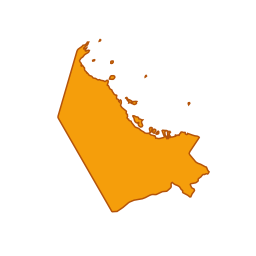 the border of Abu Dhabi, rotated 52°
{"feature_id": "ARE-349", "entity_name": "Abu Dhabi", "entity_type": "Emirate", "adm_level": 1, "iso_a3": "ARE", "parent_name": "United Arab Emirates", "parent_adm1": "", "projection": "robinson", "projection_center": [53.623, 23.935], "detail": "fine", "context": "isolated", "style": "filled", "palette": "amber", "viewbox_px": 256, "rotation_deg": 52, "n_neighbors": 0, "source": "natural_earth", "source_scale": "10m", "svg_char_len": 5895}
<svg xmlns="http://www.w3.org/2000/svg" viewBox="0 0 256 256"><g transform="rotate(52 128 128)"><path d="M212.5,91.1L213.1,92.5L213.3,93.5L212.1,94.6L211.8,96.3L211.3,96.9L210.8,97.6L210.9,98.6L211.4,100.7L211.3,103.3L211.5,104.1L211.7,104.4L212.6,105.0L212.9,105.5L213.0,105.9L212.9,108.2L212.6,108.9L211.0,112.0L210.6,112.9L210.7,113.6L211.2,113.9L213.8,114.5L214.6,114.5L216.9,113.5L218.2,114.1L218.8,115.8L219.3,117.9L220.9,120.9L220.4,121.7L217.8,122.3L212.9,124.5L212.1,124.4L211.0,123.5L210.3,123.6L209.6,123.9L208.9,123.9L207.6,123.7L206.2,123.6L205.0,123.9L203.8,124.4L201.8,125.6L200.0,126.3L198.2,126.6L198.0,127.3L198.4,128.2L199.1,128.9L200.6,129.9L201.3,130.9L201.5,132.4L201.7,136.0L201.5,136.7L199.5,139.8L199.2,140.6L197.8,146.7L197.2,147.6L195.6,149.4L194.9,150.7L194.4,152.3L193.5,157.2L192.6,160.2L188.6,167.7L187.3,172.4L187.2,173.8L187.5,180.9L187.0,188.0L184.3,191.9L183.6,192.1L77.5,176.9L76.5,176.6L75.6,175.8L36.1,121.0L35.5,119.9L35.2,118.6L35.4,114.2L35.1,112.4L36.0,111.0L36.0,108.8L35.3,107.1L36.1,106.1L36.5,106.9L37.4,108.3L37.6,109.3L37.6,112.1L37.8,113.8L38.4,114.2L39.0,113.5L39.4,111.3L39.7,111.9L40.1,113.4L40.4,113.9L40.6,114.0L41.0,114.1L41.3,114.0L41.6,113.7L41.5,113.4L42.3,111.3L43.1,110.7L43.9,112.1L44.0,113.1L43.6,116.2L43.6,117.4L44.2,119.8L44.1,122.0L44.2,122.5L44.6,123.5L44.7,123.9L45.1,124.8L46.1,125.1L48.2,125.1L48.7,125.3L49.0,125.5L50.1,126.6L50.5,126.6L50.6,126.3L50.3,126.0L50.3,125.4L51.2,125.3L53.6,125.4L53.8,125.3L54.1,125.4L54.7,126.0L56.0,126.6L58.1,126.3L58.8,126.5L59.2,126.2L59.7,126.5L60.3,126.1L62.5,126.1L63.2,125.8L64.8,124.8L65.6,124.7L66.9,124.7L67.4,124.5L69.0,123.0L70.3,122.6L71.1,122.3L71.8,121.8L72.3,120.7L73.6,120.1L75.5,118.4L76.2,118.0L76.8,117.8L77.3,117.4L77.5,115.1L78.3,114.6L79.1,114.9L79.8,115.6L81.3,117.8L81.7,118.0L82.0,117.6L82.4,117.4L83.4,117.5L85.1,118.0L86.0,118.1L86.5,118.0L87.9,117.4L88.4,117.4L89.3,117.8L92.9,118.1L94.8,117.4L95.0,117.2L95.1,116.8L95.4,116.8L95.6,116.9L95.9,117.4L97.2,118.5L97.9,118.9L99.6,118.1L100.5,118.5L101.3,118.9L102.0,118.8L101.4,118.4L101.2,117.9L101.1,116.8L102.0,116.5L103.1,117.1L104.2,117.9L104.8,118.8L105.4,119.8L105.8,120.0L108.1,120.2L113.4,119.0L113.8,119.0L114.2,119.3L114.8,120.0L115.2,120.3L115.8,120.4L116.4,120.4L116.9,120.1L117.7,120.7L118.5,121.1L119.2,122.2L119.5,122.5L119.8,122.5L120.8,122.5L121.5,122.1L122.7,122.5L124.6,121.4L125.8,121.8L130.9,121.8L132.0,121.7L132.4,121.3L135.0,119.8L137.7,119.3L138.5,118.9L139.4,118.7L140.5,118.1L142.2,117.8L143.5,116.8L144.2,116.0L144.5,115.3L144.9,114.9L147.7,114.1L149.9,112.3L150.3,112.3L150.6,111.7L151.4,111.7L153.1,112.4L153.4,111.9L155.0,110.6L155.8,109.4L157.4,105.9L157.2,104.7L157.3,104.1L158.0,103.8L157.4,103.4L157.4,103.1L158.1,103.1L159.1,103.6L159.7,103.8L159.4,103.1L158.7,102.3L158.6,101.7L160.5,102.5L160.9,103.1L161.1,103.1L161.0,101.8L160.2,101.4L159.1,101.3L158.0,101.1L155.5,99.3L154.6,99.1L154.5,98.8L155.1,98.6L155.6,98.2L156.0,97.7L156.2,98.4L156.6,98.8L156.4,98.3L156.6,97.8L157.1,97.1L157.4,97.1L157.7,98.4L158.6,99.7L159.6,100.5L160.6,100.4L159.7,99.7L160.2,99.7L161.1,100.0L161.4,100.1L161.9,99.2L162.2,99.1L163.7,95.7L163.0,95.4L162.7,95.0L162.9,94.6L163.6,94.4L164.0,94.1L164.1,93.4L164.4,92.8L165.2,92.4L165.2,92.1L164.8,91.8L164.3,90.1L164.5,89.7L163.9,89.1L164.0,88.4L164.4,87.9L166.0,86.7L166.4,85.9L166.7,85.7L168.0,86.4L168.6,86.2L169.3,85.8L169.5,85.1L168.9,84.4L173.4,81.5L175.5,80.0L176.8,78.7L177.6,78.1L179.2,77.6L179.5,78.1L184.7,93.8L185.2,94.7L185.7,95.5L186.5,95.7L187.4,95.8L196.3,95.5L197.4,95.2L198.7,94.7L201.5,93.0L206.1,91.0L207.1,90.3L210.4,91.2L212.1,91.2L212.5,91.1ZM123.8,117.2L121.9,117.0L121.5,116.8L121.4,116.5L122.1,115.8L122.6,115.4L124.1,114.8L124.9,114.0L125.4,113.6L126.1,113.4L126.5,113.4L127.4,113.8L127.7,113.6L128.7,112.8L130.3,112.0L130.7,111.4L130.9,112.0L130.7,112.4L131.3,113.4L132.5,114.2L134.0,114.5L135.2,115.0L135.6,116.4L135.0,117.5L133.7,118.0L132.2,118.0L131.0,117.4L131.1,117.0L130.7,116.4L130.2,116.2L129.8,117.1L130.1,117.4L129.0,118.2L127.6,118.5L126.2,118.3L123.8,117.2ZM108.7,112.0L108.1,111.3L107.5,111.2L106.7,110.8L106.3,111.5L104.1,111.1L102.9,111.4L102.8,111.1L102.9,110.9L103.1,110.2L103.3,110.1L104.8,110.4L105.3,110.3L106.3,109.8L106.8,109.4L108.9,108.5L109.3,108.5L109.7,109.2L110.1,109.5L110.5,109.3L110.6,108.8L110.5,108.2L110.3,107.7L111.9,105.3L112.6,104.7L112.9,105.7L113.9,106.3L113.6,108.2L113.1,108.8L111.4,109.6L110.6,110.2L109.6,110.3L109.0,110.8L109.0,111.3L108.7,112.0ZM76.6,108.9L77.8,107.3L78.8,106.7L79.8,107.0L80.2,107.7L80.5,109.0L80.4,109.8L79.5,111.0L78.0,112.5L77.5,111.9L76.5,109.9L76.6,108.9ZM155.1,104.1L151.1,102.8L151.1,102.0L152.8,100.3L153.4,99.4L153.7,99.4L153.4,100.4L153.7,101.3L154.4,101.9L156.0,102.8L156.8,103.6L156.8,104.1L156.2,104.3L155.1,104.1ZM145.1,113.8L144.6,112.9L143.7,112.5L142.7,112.1L141.8,111.6L141.3,110.3L141.9,109.3L142.8,108.9L143.4,109.4L145.0,111.3L145.4,112.5L145.1,113.8ZM148.2,110.5L147.9,110.8L147.1,111.1L146.6,111.1L146.4,111.0L145.7,110.1L144.7,109.5L144.6,109.2L144.8,108.4L145.1,108.0L145.6,107.6L146.2,107.4L146.8,107.4L147.6,108.9L148.5,110.1L148.2,110.5ZM66.2,98.5L67.1,99.2L67.4,100.4L66.9,101.4L66.4,101.7L65.8,101.3L65.1,100.6L65.0,100.0L65.7,98.8L66.2,98.5ZM150.7,106.7L151.1,107.1L151.2,107.8L150.7,109.2L150.0,109.5L148.9,107.4L148.8,107.1L149.1,107.0L149.5,107.2L150.1,107.5L150.2,107.3L150.1,107.0L149.4,106.6L149.3,106.1L149.8,106.0L150.7,106.7ZM145.9,63.9L146.7,64.2L147.1,65.9L146.5,65.7L146.0,65.7L145.3,64.8L145.9,63.9ZM53.4,112.5L53.9,112.3L54.2,112.9L54.1,113.2L54.2,113.4L53.9,114.1L53.5,114.6L52.9,114.2L53.1,113.8L53.1,113.3L53.4,112.5ZM97.7,81.3L98.5,81.4L98.6,82.3L98.5,83.2L98.2,83.0L98.1,82.7L97.8,82.3L97.6,81.6L97.7,81.3ZM41.6,95.2L42.1,95.6L42.3,96.1L41.9,97.3L41.7,97.1L41.6,96.4L41.7,96.1L41.6,95.9L41.4,95.9L41.4,96.2L41.2,96.0L41.1,95.5L41.5,95.2L41.6,95.2Z" fill="#f59e0b" stroke="#b45309" stroke-width="1.5"/></g></svg>